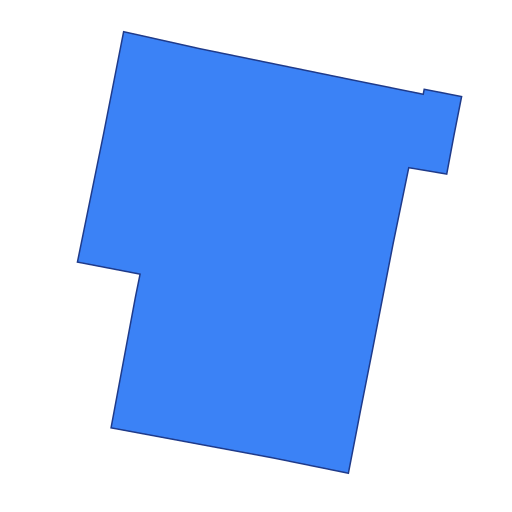 Searcy, Arkansas, United States of America, rotated 100°
{"feature_id": "52423323B68160313903633", "entity_name": "Searcy", "entity_type": "district", "adm_level": 2, "iso_a3": "USA", "parent_name": "United States of America", "parent_adm1": "Arkansas", "projection": "robinson", "projection_center": [-92.707, 35.917], "detail": "fine", "context": "isolated", "style": "filled", "palette": "blue", "viewbox_px": 512, "rotation_deg": 100, "n_neighbors": 0, "source": "geoboundaries", "source_scale": "gbopen_adm2", "svg_char_len": 414}
<svg xmlns="http://www.w3.org/2000/svg" viewBox="0 0 512 512"><g transform="rotate(100 256 256)"><path d="M450.4,368.9L451.9,203.9L453.9,127.3L406.1,126.5L392.0,126.3L329.3,125.0L219.6,123.1L142.5,120.9L142.2,82.4L102.8,82.0L63.3,81.2L62.6,119.3L67.7,119.4L65.9,191.4L61.6,347.4L58.1,425.3L162.0,427.3L293.0,430.8L294.0,367.0L317.1,367.6L450.4,368.9Z" fill="#3b82f6" stroke="#1e3a8a" stroke-width="1.5"/></g></svg>